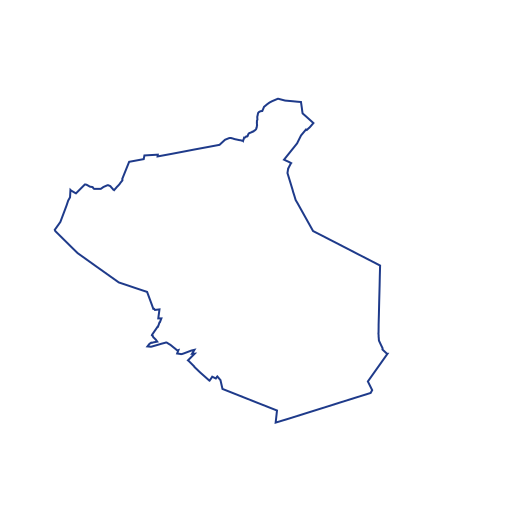 the district of Bladel, Noord-Brabant, Netherlands, rotated 315°
{"feature_id": "6326949B15659642618503", "entity_name": "Bladel", "entity_type": "district", "adm_level": 2, "iso_a3": "NLD", "parent_name": "Netherlands", "parent_adm1": "Noord-Brabant", "projection": "robinson", "projection_center": [5.245, 51.371], "detail": "fine", "context": "isolated", "style": "outline", "palette": "blue", "viewbox_px": 512, "rotation_deg": 315, "n_neighbors": 0, "source": "geoboundaries", "source_scale": "gbopen_adm2", "svg_char_len": 5446}
<svg xmlns="http://www.w3.org/2000/svg" viewBox="0 0 512 512"><g transform="rotate(315 256 256)"><path d="M232.9,99.7L216.0,106.9L216.0,107.0L215.9,107.1L215.1,108.0L214.9,108.1L214.7,108.1L211.8,108.4L210.3,108.7L208.4,108.8L206.3,108.8L205.4,108.9L202.3,109.1L202.3,108.9L202.2,108.7L202.1,108.3L202.0,108.1L202.0,107.9L202.1,107.5L202.1,107.2L202.2,106.8L202.2,106.3L202.2,106.1L202.2,105.4L202.3,104.9L202.3,104.2L202.4,103.8L202.3,103.5L202.3,103.3L202.2,103.0L201.6,101.7L201.5,101.4L201.3,101.2L201.2,101.1L200.9,100.9L200.4,100.7L198.9,100.1L197.9,99.7L197.1,99.4L196.8,99.3L196.6,99.3L196.4,99.2L196.1,99.2L194.5,98.9L194.2,98.9L193.7,98.7L193.4,98.5L193.2,98.3L190.9,96.0L189.5,94.6L189.3,94.4L189.1,94.2L189.0,93.9L188.9,93.6L188.9,93.4L188.9,93.1L189.1,92.3L189.2,91.9L189.1,91.7L189.0,91.4L188.8,91.2L188.1,90.2L187.7,89.7L187.5,89.2L187.4,88.8L187.1,87.7L186.9,86.8L186.6,86.0L186.6,85.9L186.4,85.6L186.3,85.3L186.2,85.2L186.0,84.9L185.7,84.5L185.6,84.4L173.0,84.4L172.9,84.1L172.6,83.1L172.2,81.5L171.8,80.0L171.7,79.7L171.6,79.3L171.6,79.2L171.5,78.9L171.5,78.6L171.5,78.3L171.5,78.1L166.0,83.0L162.4,84.0L157.8,86.3L152.1,88.9L141.7,93.6L132.2,95.2L131.7,96.5L131.7,98.9L131.8,118.0L131.9,127.8L135.7,150.6L140.3,177.7L144.7,186.5L147.6,192.4L149.4,196.0L153.6,204.4L148.4,215.7L146.0,220.8L146.6,221.3L146.4,222.7L150.0,225.5L142.8,231.0L145.0,233.2L141.2,234.9L140.8,234.7L138.6,235.8L136.6,236.7L136.4,236.4L135.5,236.6L126.8,238.2L126.3,238.5L126.6,239.3L126.1,240.3L126.0,240.8L125.9,241.0L126.0,241.3L126.0,241.5L126.0,242.2L126.0,242.9L126.0,244.0L126.0,244.3L125.6,246.7L122.2,244.4L121.7,244.2L121.0,243.8L121.0,243.5L120.4,243.1L120.1,243.1L119.6,243.0L119.1,242.9L118.2,242.8L115.3,243.2L117.4,245.7L117.5,245.8L117.8,246.0L118.0,246.2L124.7,249.9L126.8,251.0L130.9,253.4L131.2,253.5L131.4,253.8L131.6,254.0L131.7,254.3L132.3,257.0L132.6,258.0L132.7,258.6L133.0,261.7L133.3,264.2L133.5,266.7L133.6,266.9L133.7,267.1L133.8,267.3L134.1,267.4L134.4,267.6L134.6,267.7L131.3,269.2L133.1,271.6L133.6,272.4L134.0,272.7L134.6,273.1L136.2,273.9L141.1,276.1L142.7,276.8L143.3,277.1L143.7,277.3L144.0,277.5L146.1,278.8L141.6,279.9L143.6,281.7L139.3,281.7L134.1,281.7L134.2,282.5L134.2,290.2L134.2,290.5L134.0,290.8L134.0,291.7L134.1,295.2L134.1,296.5L134.2,299.5L134.5,304.2L134.9,311.0L135.0,311.3L138.4,310.7L139.7,310.4L141.0,314.2L142.9,313.9L143.0,313.8L143.5,313.8L143.1,318.7L143.0,318.8L138.3,326.3L139.6,329.3L141.3,333.2L153.2,360.8L161.6,380.1L152.1,387.7L164.4,394.3L180.5,402.7L195.8,410.7L211.2,418.7L226.5,426.7L234.1,430.7L240.2,433.9L243.3,433.0L246.4,423.8L279.8,418.1L279.6,417.9L279.5,417.4L279.4,414.5L279.3,411.6L279.4,411.4L279.7,411.2L280.0,411.0L280.1,410.9L280.3,410.7L281.5,407.2L283.1,402.8L283.9,401.8L285.0,400.6L285.4,400.0L286.6,398.8L287.5,397.7L287.9,397.3L288.0,397.1L288.3,397.0L288.4,396.9L292.6,392.8L294.2,391.2L301.7,384.1L310.7,375.5L322.2,364.6L329.3,357.8L337.0,350.5L333.3,338.9L329.4,326.8L325.5,314.5L319.5,295.8L314.0,278.7L318.7,262.1L322.6,248.4L323.6,244.5L325.8,240.4L327.7,236.7L328.7,235.0L333.5,226.0L336.9,219.6L340.3,217.1L340.5,217.1L340.6,216.9L346.4,215.1L346.5,215.1L346.4,214.7L345.6,212.2L345.4,211.7L344.6,209.6L344.1,208.2L344.1,207.9L344.0,207.7L364.9,205.4L365.3,205.2L373.1,202.6L380.8,201.9L381.0,202.8L381.4,202.8L385.0,203.0L386.5,202.9L390.6,202.6L390.4,198.6L390.1,192.8L389.8,188.4L389.8,188.1L391.1,186.3L392.5,184.5L393.2,183.6L396.7,178.9L394.3,176.1L393.0,174.5L391.2,172.3L390.2,171.1L386.5,166.7L383.0,160.7L382.8,160.4L382.7,160.3L382.5,160.2L376.8,157.9L376.5,157.8L375.8,157.6L375.5,157.5L374.6,157.2L373.7,157.0L373.4,156.9L373.2,156.9L372.5,156.8L371.3,156.6L370.3,156.5L368.9,156.4L368.1,156.3L367.3,156.2L367.2,156.2L366.5,156.5L365.7,156.8L365.3,157.0L364.5,157.3L363.7,157.6L363.0,157.9L362.4,157.4L362.0,157.2L361.7,156.9L361.2,156.7L360.5,156.5L359.9,156.3L359.7,156.3L359.3,156.3L359.2,156.3L358.9,156.3L358.3,156.6L357.6,157.0L357.3,157.2L356.8,157.6L355.7,158.2L355.2,158.6L355.0,158.8L354.9,158.9L354.2,159.7L353.8,160.1L353.5,160.5L353.4,160.6L352.6,160.9L352.4,161.0L352.2,161.1L351.7,161.6L351.4,162.0L351.2,162.1L351.0,162.3L350.7,162.5L349.3,164.2L349.2,164.2L349.1,164.3L348.9,164.4L348.7,164.6L348.4,164.8L348.2,165.0L347.9,165.2L347.8,165.3L347.5,165.5L347.3,165.5L347.0,165.6L346.9,165.8L346.6,166.0L346.4,166.1L346.0,166.3L345.1,166.4L344.8,166.4L344.4,166.4L344.2,166.4L343.3,166.1L343.1,166.1L342.6,166.2L341.9,166.0L341.8,165.9L341.7,165.7L341.4,165.5L341.0,165.6L340.9,165.6L340.7,165.5L340.6,165.4L339.8,165.1L339.6,165.0L339.2,164.9L338.7,164.6L338.4,164.4L338.2,164.4L337.8,164.3L337.4,164.3L337.1,164.3L336.7,164.5L336.0,164.7L335.5,165.0L335.0,165.2L334.8,165.3L334.5,165.3L334.4,165.3L333.8,164.6L333.6,164.5L332.4,164.6L332.1,164.5L331.8,164.2L331.6,164.1L331.4,164.0L331.3,163.9L331.2,164.0L330.8,164.2L330.4,164.4L329.9,164.7L329.3,164.9L328.7,165.2L328.2,165.5L328.2,165.3L328.1,165.2L327.9,164.9L327.8,164.7L327.6,164.5L327.5,164.4L327.3,163.9L327.2,163.7L327.0,163.4L325.9,161.9L325.7,161.6L325.6,161.4L324.5,159.7L324.4,159.5L324.3,159.4L323.9,158.8L323.6,158.3L323.5,158.1L323.4,157.9L323.2,157.6L323.0,157.2L322.7,156.5L322.4,156.0L322.1,155.6L322.0,155.4L321.9,155.1L321.6,154.7L321.2,154.3L320.6,153.8L320.3,153.6L316.3,151.9L308.8,151.6L299.9,145.5L287.1,136.7L279.7,131.7L267.8,123.6L256.8,116.0L258.2,114.9L248.2,106.0L245.1,108.1L232.9,99.7Z" fill="none" stroke="#1e3a8a" stroke-width="2"/></g></svg>